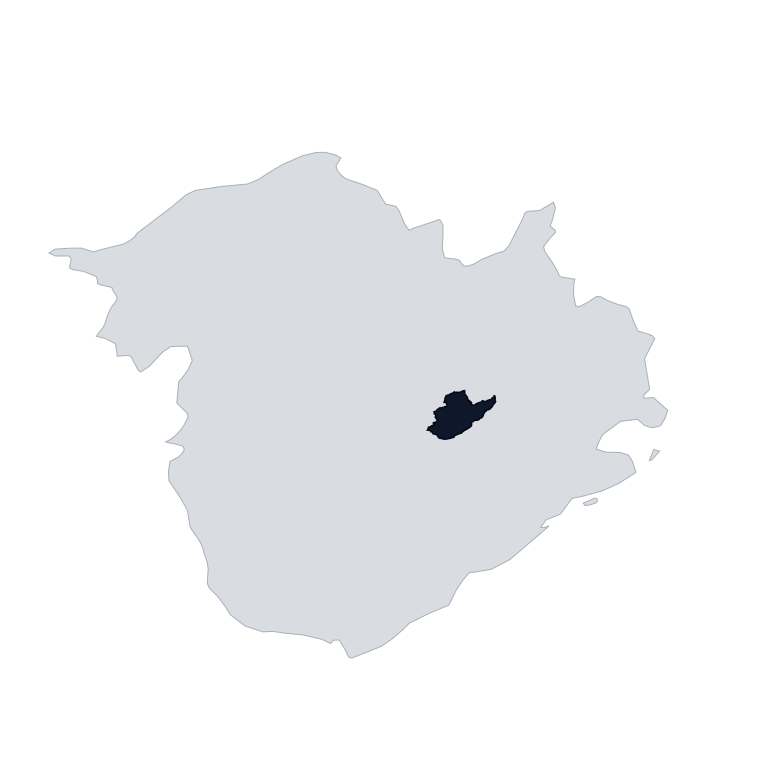 Tuek Phos, Kâmpóng Chhnang, Cambodia shown in context, rotated 250°
{"feature_id": "14789045B78465140350357", "entity_name": "Tuek Phos", "entity_type": "district", "adm_level": 2, "iso_a3": "KHM", "parent_name": "Cambodia", "parent_adm1": "Kâmpóng Chhnang", "projection": "equal_earth", "projection_center": [104.364, 12.056], "detail": "fine", "context": "in_parent", "style": "filled", "palette": "ink", "viewbox_px": 768, "rotation_deg": 250, "n_neighbors": 0, "source": "geoboundaries", "source_scale": "gbopen_adm2", "svg_char_len": 8323}
<svg xmlns="http://www.w3.org/2000/svg" viewBox="0 0 768 768"><g transform="rotate(250 384 384)"><path d="M621.7,114.1L623.2,121.0L619.4,134.1L615.3,145.9L607.5,156.2L607.1,163.8L604.6,186.5L605.6,193.8L607.5,200.0L610.0,203.3L616.9,225.5L623.2,245.8L629.4,262.4L630.5,272.9L625.0,299.6L618.6,324.1L619.2,336.3L622.1,348.5L625.1,364.8L626.3,385.7L624.8,399.3L621.9,407.8L616.2,416.4L611.3,420.8L605.4,413.5L600.7,413.2L594.4,415.4L589.4,418.8L579.3,431.5L568.2,443.9L552.6,447.0L546.6,456.2L540.2,457.5L527.9,458.0L519.9,460.1L520.3,464.7L519.7,486.6L519.8,491.7L518.6,493.0L513.0,493.7L503.6,490.3L490.9,484.9L481.8,484.1L477.1,493.6L474.4,497.3L470.9,497.9L467.4,499.6L466.1,503.8L465.9,509.1L467.6,518.2L468.3,532.7L467.9,542.5L471.2,548.7L490.7,569.7L496.5,574.9L497.1,578.1L493.8,589.4L496.8,605.5L490.7,605.2L480.5,598.3L475.6,594.1L469.8,597.5L467.7,596.8L463.7,588.9L458.5,580.9L453.1,580.4L441.7,583.5L430.2,585.7L425.7,585.7L423.9,587.2L417.2,599.1L414.4,597.1L402.7,592.5L392.0,590.8L389.8,593.9L391.1,603.6L393.5,613.2L392.1,617.2L386.3,622.3L378.5,631.3L373.8,638.3L370.5,640.1L358.7,639.8L346.9,640.7L342.2,647.3L337.8,652.5L334.0,653.9L318.6,637.5L288.1,631.8L284.8,624.5L281.9,623.1L279.1,632.5L262.3,641.6L255.3,636.1L250.2,629.5L251.0,621.4L255.8,614.8L264.1,610.1L268.0,593.5L261.7,572.2L256.1,566.0L250.3,561.1L244.1,569.0L238.9,582.5L233.5,589.5L225.8,591.0L214.7,590.5L210.3,570.3L208.9,553.0L210.5,533.2L212.2,521.5L201.5,505.4L200.9,490.1L195.7,482.1L194.2,486.1L194.3,490.5L192.9,487.4L176.0,442.3L173.2,421.4L176.1,405.4L177.8,400.0L173.0,391.5L166.1,381.9L154.0,369.3L153.2,349.4L150.6,326.0L146.9,318.1L141.4,303.6L138.4,291.7L137.5,260.1L139.1,257.5L147.7,256.6L158.7,254.4L160.5,249.3L158.5,245.0L165.6,237.9L175.8,222.2L183.6,205.9L189.3,195.5L192.6,185.3L204.0,170.8L219.7,160.7L230.3,158.4L241.4,155.0L252.0,150.1L257.1,149.7L270.2,155.5L277.3,157.0L284.8,157.0L292.6,157.6L299.3,157.0L315.5,152.9L332.6,156.1L347.9,153.5L366.8,148.8L376.1,151.8L384.5,156.5L385.7,166.1L387.7,170.5L390.5,173.9L394.3,173.9L399.1,167.2L403.1,160.3L404.4,159.0L404.6,162.4L406.6,169.9L410.3,177.3L413.9,182.2L420.0,188.7L424.0,189.0L436.9,182.8L456.3,191.8L458.6,196.3L464.9,205.3L471.7,211.9L486.8,212.3L492.2,196.3L489.5,186.5L480.9,169.5L478.5,159.4L481.2,157.7L495.8,155.8L498.2,153.8L501.4,142.8L505.4,144.0L513.5,145.4L522.0,137.9L527.1,130.0L529.8,133.6L532.9,139.1L536.2,142.4L542.4,147.1L549.2,153.8L553.4,160.4L556.8,163.0L565.5,161.1L567.8,161.4L572.8,153.4L576.3,149.1L579.3,150.3L583.7,150.2L592.7,140.0L597.9,130.7L600.7,128.2L608.8,132.9L612.0,131.9L616.7,119.1L621.7,114.1ZM204.6,543.7L203.0,544.9L201.4,544.8L199.8,543.0L200.0,535.7L201.1,531.3L203.9,530.5L204.6,543.7ZM230.1,615.1L226.7,620.0L221.2,609.9L221.3,607.1L230.1,615.1Z" fill="#d9dde1" stroke="#a8b0b8" stroke-width="1"/><path d="M325.8,409.0L325.4,409.9L324.9,410.5L324.7,411.2L324.3,411.6L324.0,411.6L323.8,411.8L323.5,411.9L323.5,412.0L323.6,412.4L323.5,412.6L323.4,412.7L323.1,412.4L323.1,412.5L322.9,412.6L322.4,412.6L322.1,413.0L321.9,413.1L321.6,413.1L321.4,413.0L321.1,413.1L320.6,413.0L320.5,413.3L320.4,413.4L320.2,413.6L320.1,413.9L319.9,414.0L319.6,414.2L319.3,414.8L319.1,415.0L319.0,415.5L318.8,416.0L318.5,416.0L317.9,416.5L317.7,416.5L317.4,416.6L317.1,416.4L316.9,416.6L316.3,416.7L316.2,416.9L315.7,416.9L315.4,417.0L314.9,416.9L314.5,417.2L314.4,417.5L314.1,417.7L313.8,418.0L313.5,418.8L313.0,419.4L312.8,420.1L312.6,420.2L312.5,420.4L312.3,420.6L312.2,420.8L311.8,421.0L311.7,421.5L311.7,421.8L311.4,422.3L311.3,422.9L311.0,423.2L311.0,423.7L310.8,424.2L310.5,426.4L310.2,428.4L310.4,428.8L310.6,428.9L310.6,429.2L310.5,429.5L310.2,429.8L310.1,430.0L310.2,430.5L310.1,430.8L310.1,431.3L310.3,431.8L310.8,431.9L311.0,432.2L311.2,432.3L311.3,432.5L311.2,432.8L311.4,433.0L311.4,433.4L311.4,433.7L311.4,434.9L311.6,435.7L311.5,436.2L311.5,437.0L311.5,438.6L311.6,438.9L311.5,439.4L311.6,440.0L311.4,440.2L311.6,440.5L312.0,440.5L312.1,441.2L312.4,441.3L312.5,441.6L312.4,442.1L312.6,442.2L312.5,442.5L312.6,443.0L312.8,443.3L312.8,443.9L313.1,445.1L313.1,445.7L313.2,445.9L313.2,446.1L313.2,446.4L313.2,447.0L313.4,447.2L313.6,447.5L313.7,448.9L313.9,449.3L314.1,450.0L314.4,451.1L314.7,451.7L315.0,452.1L315.9,452.3L316.4,452.7L317.3,452.9L317.6,452.9L317.9,453.4L318.1,453.9L318.3,454.2L318.3,455.1L318.6,455.8L318.7,456.4L318.6,457.8L318.1,459.1L318.0,460.0L318.2,460.4L318.2,460.8L318.3,460.9L318.2,461.0L318.4,461.2L318.4,461.4L318.4,461.5L318.6,461.8L318.8,461.8L318.7,462.0L318.9,462.2L318.9,462.8L319.1,462.8L319.1,463.5L318.9,463.8L318.9,464.0L319.0,464.1L318.9,464.4L319.0,464.7L319.5,465.4L319.9,465.7L320.0,466.0L320.2,466.3L320.4,466.3L320.5,466.6L320.8,466.6L321.1,466.9L321.5,467.0L321.6,467.3L321.8,467.5L322.0,467.6L322.0,467.8L322.3,468.1L322.8,468.3L322.8,468.6L323.0,468.8L323.3,468.9L323.2,469.1L323.4,469.2L323.3,469.3L323.4,470.1L323.5,470.1L323.8,470.3L323.7,470.6L323.9,470.8L324.0,471.2L324.1,471.4L324.2,471.5L324.3,471.7L324.4,471.8L324.5,472.0L324.3,472.3L324.4,472.6L324.2,472.9L324.2,473.1L324.3,473.5L324.1,473.8L324.1,474.1L324.4,474.6L324.4,474.9L324.3,475.2L324.4,475.4L324.6,475.8L325.0,476.0L325.1,476.3L325.1,476.9L325.4,477.3L325.5,477.7L325.7,478.0L325.9,478.2L326.2,478.3L326.3,478.5L326.7,479.0L326.8,479.2L327.2,479.5L327.3,480.0L327.7,480.3L327.8,480.6L328.1,481.2L328.5,482.0L329.0,482.3L328.9,482.5L329.0,482.6L329.4,482.9L329.7,482.6L329.9,482.7L330.4,482.5L331.0,483.0L331.3,482.8L331.6,482.7L331.6,482.8L331.8,483.1L332.1,483.0L332.3,483.1L332.4,483.5L332.5,483.5L332.8,483.3L333.2,483.8L333.3,483.7L333.5,483.8L333.7,483.7L333.8,483.8L334.2,483.8L334.4,483.8L334.5,484.0L335.0,484.1L335.2,483.7L334.9,483.7L334.7,483.5L334.6,483.1L334.4,482.8L334.3,482.4L334.2,482.3L334.2,481.9L334.0,481.7L334.0,481.4L333.9,480.9L333.3,480.4L333.0,479.7L333.0,479.4L332.9,479.2L332.6,478.6L332.8,478.3L332.9,478.1L333.1,477.9L333.1,477.7L333.1,476.1L333.0,475.9L333.0,475.7L333.2,475.3L333.2,475.1L332.7,474.7L332.7,473.8L332.9,473.0L333.0,472.8L334.3,471.3L334.6,470.8L334.6,470.4L334.0,469.7L333.7,469.2L333.9,467.6L333.9,466.0L334.0,465.2L333.9,464.3L333.9,463.8L333.6,463.4L333.4,462.6L333.4,462.4L333.4,461.3L333.3,461.1L333.5,460.4L334.0,460.0L334.1,459.8L334.3,459.7L334.6,459.5L334.6,459.3L335.1,459.5L335.5,459.2L336.0,459.5L336.0,459.3L336.3,459.5L336.5,459.6L336.7,459.4L337.3,459.6L337.5,459.3L337.6,459.2L338.0,459.1L338.2,458.8L338.7,458.6L339.0,458.3L339.4,458.1L339.5,458.2L339.9,458.0L340.1,457.9L340.5,457.2L340.8,457.3L341.7,457.6L342.3,457.8L342.9,457.8L343.8,457.6L345.0,457.1L345.9,457.0L346.6,456.5L346.9,456.4L347.5,456.6L348.0,456.9L348.5,457.0L349.0,457.3L349.5,457.0L349.9,457.1L350.2,457.3L350.2,457.2L350.5,456.5L350.5,456.0L350.4,453.9L350.2,453.4L350.4,452.4L350.4,452.0L350.7,450.6L351.4,449.9L351.3,449.0L351.4,448.5L351.5,448.2L352.2,447.8L352.3,447.5L352.6,447.3L352.4,447.0L351.9,446.5L352.1,446.1L352.0,445.6L352.0,444.4L351.9,443.5L351.9,442.6L351.7,442.1L351.7,441.9L351.6,441.5L351.6,440.9L351.5,440.2L351.8,439.6L351.9,439.4L351.9,439.2L351.7,438.4L351.5,438.1L350.8,437.6L350.6,437.4L350.4,437.1L350.0,436.5L349.7,436.4L348.6,436.3L348.3,435.7L347.6,435.3L347.2,434.8L346.8,434.6L346.4,434.3L346.2,434.2L346.2,434.3L345.6,436.4L344.6,435.9L344.1,435.8L343.1,436.1L342.5,436.3L341.8,436.1L341.7,435.9L341.6,435.6L341.5,434.3L341.6,434.1L341.9,434.0L341.9,433.5L341.6,432.8L341.5,432.1L341.7,431.6L342.1,430.9L341.9,430.1L341.9,429.7L342.1,429.1L342.5,428.5L342.5,427.8L342.3,427.4L341.6,426.8L341.6,426.6L341.8,426.3L341.9,426.2L341.9,425.5L341.7,425.2L341.4,425.0L341.1,424.2L340.8,424.0L340.7,423.7L340.7,422.8L340.6,422.4L340.7,421.9L340.8,421.7L340.8,421.4L340.7,421.4L340.6,421.5L340.5,421.8L340.4,421.7L340.1,421.8L339.9,421.6L339.6,421.6L339.4,421.5L338.8,420.9L338.7,420.9L338.6,421.0L338.4,421.6L337.8,422.1L337.6,422.2L336.8,421.9L335.6,421.0L335.3,420.8L334.5,421.0L331.8,421.7L331.4,421.8L331.1,421.5L330.5,420.4L330.5,420.1L330.6,419.6L330.6,418.8L330.6,418.6L330.4,418.3L330.4,417.8L330.5,417.5L330.7,417.2L330.2,416.9L329.8,417.2L329.2,416.9L329.1,417.1L328.9,417.1L328.6,416.5L328.4,415.7L328.5,414.8L328.5,414.5L328.1,413.8L328.1,413.5L328.1,412.9L328.1,412.6L327.8,412.1L328.0,411.4L328.2,411.0L328.0,410.8L327.4,410.6L326.4,409.6L326.0,409.3L325.8,409.0Z" fill="#0f172a" stroke="#020617" stroke-width="1.5"/></g></svg>